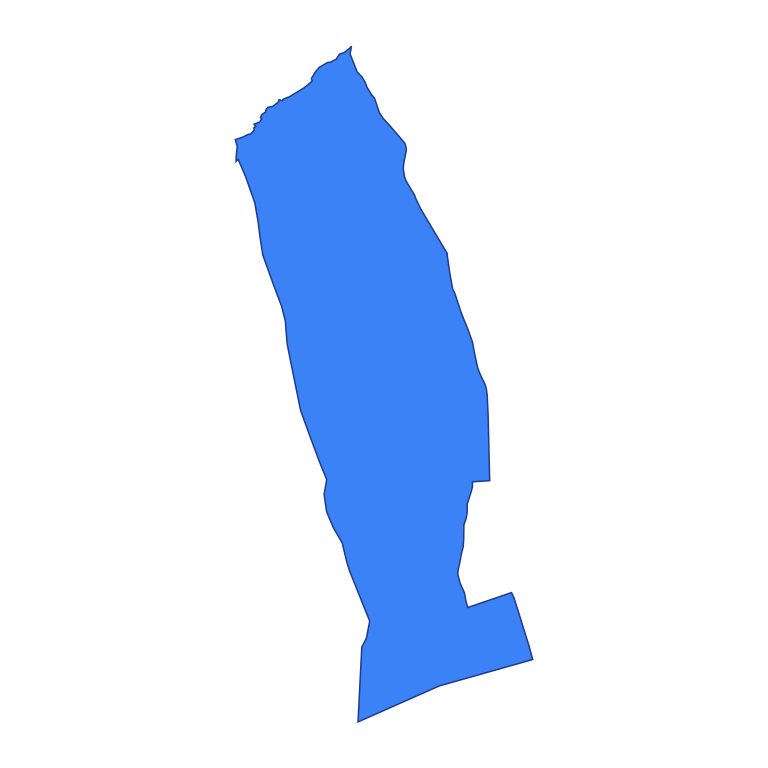 outline of Aana Alofi II, A'ana, Samoa
{"feature_id": "51752279B99154731700869", "entity_name": "Aana Alofi II", "entity_type": "district", "adm_level": 2, "iso_a3": "WSM", "parent_name": "Samoa", "parent_adm1": "A'ana", "projection": "mercator", "projection_center": [-171.95, -13.853], "detail": "fine", "context": "isolated", "style": "filled", "palette": "blue", "viewbox_px": 768, "rotation_deg": 0, "n_neighbors": 0, "source": "geoboundaries", "source_scale": "gbopen_adm2", "svg_char_len": 1550}
<svg xmlns="http://www.w3.org/2000/svg" viewBox="0 0 768 768"><path d="M532.7,659.5L528.6,644.5L514.0,597.8L511.5,592.6L467.7,607.5L465.9,600.9L464.4,592.7L460.1,583.2L457.8,574.4L458.1,569.9L459.6,563.6L461.4,553.9L463.2,546.7L463.7,539.6L463.9,524.9L466.2,518.4L467.1,512.9L467.3,503.8L471.3,491.4L472.5,486.4L472.4,481.8L489.7,480.7L488.1,414.4L487.2,395.4L486.5,389.6L485.3,385.0L480.0,373.9L477.6,367.6L474.6,353.5L472.5,342.2L468.3,330.3L461.6,313.8L454.7,293.0L452.7,289.2L449.4,270.6L447.1,254.0L447.4,253.8L421.0,209.4L415.9,198.9L414.6,195.2L406.5,181.7L404.5,176.8L403.2,168.1L403.9,162.5L406.4,150.0L405.5,144.9L404.4,142.7L392.2,128.4L383.0,118.2L379.4,112.7L374.7,98.6L371.2,94.1L367.0,87.2L365.3,82.6L361.9,76.8L357.2,72.0L350.1,53.9L351.5,46.1L350.3,47.7L344.4,52.4L339.5,54.1L336.1,59.3L329.9,62.4L328.0,62.3L319.4,67.2L315.6,71.6L311.4,78.5L312.1,81.2L304.4,87.6L289.5,96.7L283.1,99.2L282.5,100.8L279.1,99.7L278.3,102.1L272.6,106.5L268.2,107.2L266.1,109.3L265.4,112.2L261.5,114.9L260.6,117.9L261.7,118.9L259.6,122.0L254.1,124.2L255.8,126.5L253.9,127.6L254.1,130.4L250.6,134.0L248.4,134.3L242.1,137.4L235.3,139.6L237.2,146.6L236.1,157.3L236.1,161.4L238.2,159.3L245.7,176.9L254.8,202.8L258.1,221.9L260.1,237.7L262.8,255.0L272.9,283.2L281.6,306.3L285.3,321.0L287.1,343.7L291.0,363.3L300.6,410.5L310.0,436.4L319.7,462.4L326.7,479.5L324.1,494.3L326.6,511.7L333.3,527.6L342.2,543.0L347.0,562.8L349.8,571.6L369.7,621.1L366.4,638.2L361.8,647.0L358.0,721.9L439.3,685.9L532.7,659.5Z" fill="#3b82f6" stroke="#1e3a8a" stroke-width="1.5"/></svg>